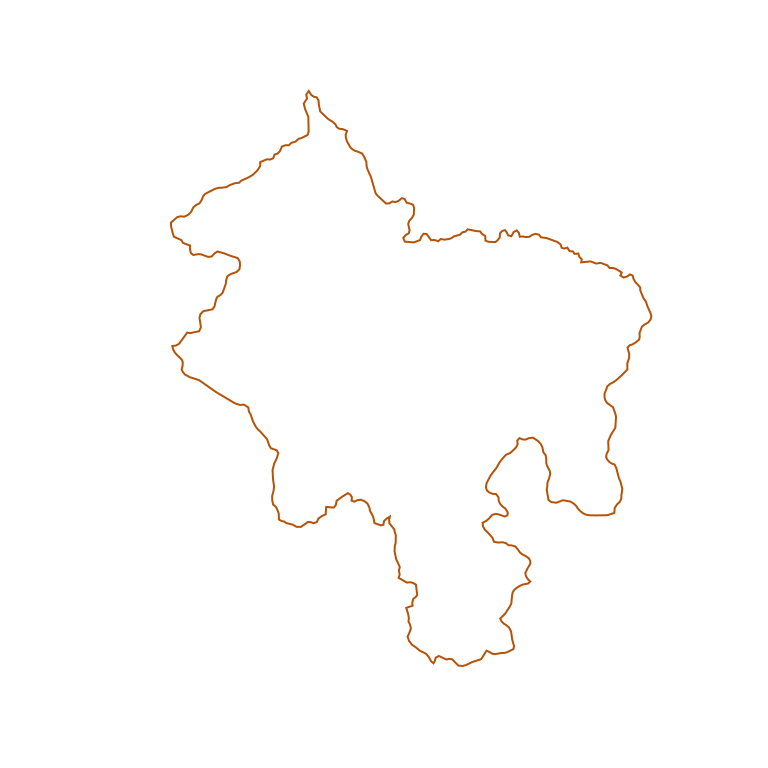 the district of Salinas, Minas Gerais, Brazil, rotated 208°
{"feature_id": "56859067B75317988286341", "entity_name": "Salinas", "entity_type": "district", "adm_level": 2, "iso_a3": "BRA", "parent_name": "Brazil", "parent_adm1": "Minas Gerais", "projection": "mercator", "projection_center": [-42.165, -16.086], "detail": "fine", "context": "isolated", "style": "outline", "palette": "amber", "viewbox_px": 768, "rotation_deg": 208, "n_neighbors": 0, "source": "geoboundaries", "source_scale": "gbopen_adm2", "svg_char_len": 6166}
<svg xmlns="http://www.w3.org/2000/svg" viewBox="0 0 768 768"><g transform="rotate(208 384 384)"><path d="M625.0,476.8L631.4,467.6L631.8,464.5L631.4,461.0L631.7,456.9L633.8,454.1L635.3,450.5L635.1,445.8L636.2,441.7L638.9,438.0L642.6,436.4L644.9,434.3L647.9,426.5L645.9,423.1L641.3,417.9L638.6,415.4L630.5,415.9L627.7,414.2L620.4,415.2L618.2,411.4L615.9,408.9L612.9,408.4L609.1,411.4L606.0,412.7L599.2,413.6L596.1,415.5L594.9,419.8L593.3,422.8L586.4,424.3L580.3,425.0L572.4,426.5L569.0,424.6L567.0,421.5L565.5,417.5L566.7,413.8L571.0,409.0L572.9,405.6L572.1,401.6L570.7,398.0L569.3,388.6L570.4,385.2L572.0,382.9L572.0,380.2L570.1,372.8L570.5,369.4L577.7,363.5L578.9,359.4L578.0,355.8L572.3,348.2L572.0,343.8L579.0,338.0L581.9,337.0L583.8,323.4L585.8,320.2L588.7,318.2L586.5,315.6L583.8,313.8L581.2,312.7L574.0,310.6L572.0,308.8L570.4,305.7L569.6,302.0L567.5,300.3L564.2,298.9L558.3,298.9L549.3,300.6L528.1,298.0L507.7,297.0L504.4,297.2L501.1,298.0L498.1,300.0L492.8,299.6L490.5,296.4L487.6,294.6L482.0,289.4L477.2,286.1L474.0,284.7L471.1,284.0L461.4,280.4L456.3,275.7L453.7,274.2L447.7,275.1L444.9,273.3L443.9,268.7L443.6,262.2L442.0,255.7L437.7,248.5L432.8,241.6L431.2,237.3L430.2,232.6L428.2,229.0L425.3,225.5L421.3,224.6L416.2,220.3L413.1,215.0L410.1,214.9L407.5,215.7L404.9,215.4L398.3,217.0L394.3,216.8L390.3,218.8L386.3,226.5L383.9,227.6L380.9,228.0L378.5,230.5L378.7,234.5L376.7,238.6L374.3,241.4L377.3,248.4L370.4,251.2L369.7,254.5L371.0,258.7L368.0,264.9L364.6,270.7L361.6,270.4L359.1,268.9L357.9,265.8L354.9,266.2L353.0,268.9L350.2,270.9L346.4,271.4L342.6,270.7L338.8,268.0L337.0,265.6L331.0,261.5L327.1,256.7L320.5,257.7L318.4,259.4L319.6,262.8L318.6,266.2L316.6,269.6L315.7,266.5L313.8,263.5L306.6,260.4L304.9,258.2L302.7,256.2L299.2,249.4L298.2,245.6L296.3,241.5L291.2,235.2L284.2,229.9L283.2,226.2L280.7,223.1L280.1,219.7L270.5,219.4L268.0,221.2L265.0,222.0L261.6,221.8L255.6,213.3L256.1,210.5L257.3,208.2L256.4,204.3L254.7,201.6L259.3,196.8L254.8,192.3L252.2,189.1L250.9,185.8L248.5,184.1L245.5,180.9L244.8,176.3L244.6,172.0L241.1,168.8L236.8,166.9L232.1,166.4L227.7,165.4L220.0,165.5L215.9,163.7L212.3,161.3L209.2,160.6L209.1,163.4L209.9,166.7L207.8,169.6L199.7,170.0L197.4,172.0L194.5,172.9L186.1,170.3L182.3,171.9L179.8,174.1L175.6,179.9L169.0,186.7L168.3,196.6L165.1,196.9L162.1,196.6L159.4,197.4L153.9,201.7L151.4,203.1L149.4,204.9L145.3,210.7L146.1,213.6L150.8,218.5L155.5,225.0L159.2,227.7L162.5,228.4L166.1,228.7L168.7,229.6L171.3,231.4L169.3,237.8L168.5,246.0L168.5,249.9L171.6,257.3L172.6,260.6L172.3,263.5L171.1,266.5L169.2,269.6L167.5,271.9L163.1,275.5L162.1,278.2L165.3,279.2L168.3,280.9L170.5,283.4L170.7,288.2L170.4,294.0L171.9,296.6L174.6,298.2L178.5,298.6L182.3,298.5L184.9,299.1L188.0,300.7L191.8,302.2L195.8,301.3L198.4,300.1L201.4,300.7L204.9,300.0L208.5,297.7L212.8,296.3L216.0,299.1L223.4,301.9L226.5,302.6L229.9,304.9L231.8,307.8L229.4,311.2L228.0,314.9L227.0,319.2L224.5,321.7L221.9,322.6L215.1,323.7L213.4,326.0L214.4,328.7L218.3,330.9L221.7,331.5L225.3,332.7L228.0,334.9L229.7,337.7L233.3,339.4L236.6,338.0L240.4,337.6L243.4,338.5L245.5,340.7L246.9,344.5L246.9,353.7L245.3,363.1L245.2,369.0L244.5,372.9L243.1,378.7L240.1,382.5L237.7,389.6L237.7,393.5L239.8,396.6L239.0,399.8L235.4,400.2L232.9,401.4L230.7,404.1L227.3,406.6L220.9,405.9L217.6,404.7L214.5,402.5L211.2,398.5L207.8,397.0L205.5,393.9L203.7,390.5L201.6,388.3L196.8,385.0L195.0,382.6L194.0,378.3L193.4,373.6L191.6,370.0L190.8,367.2L184.3,358.8L180.9,358.3L176.2,360.0L171.4,365.4L164.3,367.7L160.5,367.5L157.2,366.6L154.2,365.0L150.5,363.8L147.5,363.3L144.1,363.5L140.5,364.8L135.7,367.2L125.2,373.0L120.1,378.3L122.1,382.8L121.7,387.2L120.5,390.6L120.6,394.2L122.2,397.1L123.2,400.4L124.6,403.6L129.2,408.6L132.6,411.4L139.6,419.0L142.7,421.2L145.5,420.7L148.3,420.9L151.0,421.9L153.4,423.5L154.6,426.5L154.7,431.0L159.2,438.8L159.8,445.3L159.2,454.0L163.6,463.7L165.3,465.9L170.9,471.0L178.3,472.0L181.3,473.8L183.4,476.3L184.8,479.3L185.2,483.7L185.8,486.7L184.5,490.1L182.2,493.5L180.9,496.0L178.3,503.0L175.9,511.0L178.9,516.5L179.8,522.2L181.5,525.5L186.1,530.5L185.3,533.5L183.2,535.6L181.0,539.4L179.6,542.9L180.3,545.6L182.3,548.9L183.2,555.8L181.7,559.2L179.6,562.3L178.9,566.0L179.7,569.3L182.0,571.7L187.9,576.3L191.4,579.7L195.1,581.5L201.8,587.1L203.2,589.6L209.9,592.0L213.2,594.1L215.3,596.5L218.3,596.2L219.8,593.1L222.4,590.5L226.2,590.7L226.5,594.1L233.5,594.5L236.4,593.9L239.2,592.3L242.4,593.6L249.5,592.7L253.2,590.0L259.2,589.2L267.0,584.0L267.9,586.9L271.3,588.0L273.6,590.4L276.9,588.3L279.4,589.8L282.5,588.4L286.2,590.5L288.3,588.3L291.1,587.7L293.5,590.1L297.7,590.8L308.7,589.2L314.4,587.2L317.3,588.6L320.9,587.6L323.1,585.2L324.8,582.2L328.0,580.2L330.7,579.4L333.2,577.8L335.9,580.8L338.9,581.9L340.9,579.0L340.9,574.3L344.2,573.5L346.8,575.5L349.4,576.7L351.6,574.5L352.3,571.4L350.6,567.7L351.2,564.3L352.2,561.7L358.5,558.6L361.7,558.2L364.1,562.2L368.1,562.6L370.8,563.9L374.4,562.3L382.8,559.8L383.6,556.7L385.9,554.9L387.1,551.3L391.6,547.2L392.9,544.4L395.0,542.3L398.3,539.9L402.0,538.6L403.1,535.5L407.0,534.9L409.9,533.1L416.8,536.5L419.7,535.2L420.2,531.5L419.8,527.9L424.2,523.0L432.4,519.5L435.6,522.0L434.7,525.9L433.0,528.5L433.4,531.5L437.8,536.7L438.3,539.9L437.3,543.8L437.2,547.5L440.0,553.4L442.3,555.8L445.0,555.7L449.1,554.7L452.8,557.1L455.5,556.4L457.2,552.3L459.5,549.9L462.3,549.1L464.2,545.9L466.9,544.3L478.0,547.2L481.0,548.5L492.6,560.5L499.1,565.6L501.3,567.7L503.8,571.7L507.9,575.1L511.4,577.2L516.2,576.9L518.8,576.3L521.8,576.3L524.9,577.2L530.3,580.6L533.2,583.4L534.9,586.2L535.4,590.1L539.8,589.7L543.6,588.3L546.4,588.7L548.7,590.4L552.1,591.3L557.6,591.7L568.3,594.7L572.7,600.1L574.9,603.6L578.0,605.5L580.6,604.7L584.1,605.1L588.0,607.4L588.5,603.0L586.0,599.9L586.5,593.8L582.3,589.3L576.2,584.3L568.9,571.2L568.4,568.0L571.9,563.0L574.6,560.2L576.0,556.3L578.9,553.6L580.2,550.0L583.1,548.6L585.6,545.6L585.2,541.0L586.1,537.5L588.4,535.2L587.8,531.3L589.8,528.8L592.9,527.4L597.5,521.8L595.6,518.3L596.1,513.2L598.1,506.8L601.2,502.0L605.5,496.6L606.5,493.6L609.9,491.3L613.2,487.6L615.7,483.8L619.0,481.4L622.4,479.4L625.0,476.8Z" fill="none" stroke="#b45309" stroke-width="2"/></g></svg>